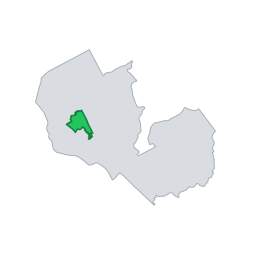 location of Itezhi-Tezhi, Southern, Zambia, rotated 62°
{"feature_id": "96606910B99117639697542", "entity_name": "Itezhi-Tezhi", "entity_type": "district", "adm_level": 2, "iso_a3": "ZMB", "parent_name": "Zambia", "parent_adm1": "Southern", "projection": "mercator", "projection_center": [26.535, -15.924], "detail": "fine", "context": "in_parent", "style": "filled", "palette": "green", "viewbox_px": 256, "rotation_deg": 62, "n_neighbors": 0, "source": "geoboundaries", "source_scale": "gbopen_adm2", "svg_char_len": 6739}
<svg xmlns="http://www.w3.org/2000/svg" viewBox="0 0 256 256"><g transform="rotate(62 128 128)"><path d="M166.5,166.2L156.5,166.2L152.9,167.1L149.9,168.3L146.4,170.2L144.3,171.6L143.8,172.3L143.5,174.0L143.5,176.5L143.1,178.4L142.1,180.1L136.7,182.1L133.1,183.8L129.7,185.7L127.0,188.3L125.3,191.5L122.3,195.4L116.0,202.4L112.4,203.7L109.4,203.4L105.8,201.9L102.9,201.6L100.7,202.6L98.7,202.3L96.9,200.8L95.4,200.3L94.2,200.7L92.6,200.6L89.7,199.8L87.2,197.3L85.9,196.3L84.8,195.9L81.8,195.5L75.0,194.9L67.9,196.1L61.6,197.4L55.3,191.8L49.1,186.0L47.9,184.5L45.5,182.5L43.9,181.6L43.2,181.1L41.6,175.9L40.7,171.1L40.7,125.5L68.5,125.5L70.3,125.3L70.4,124.8L69.1,122.4L69.2,121.5L69.5,119.9L70.8,116.6L70.8,115.5L70.3,111.9L70.3,109.9L70.6,105.9L70.5,104.6L71.1,102.8L71.3,101.6L71.6,101.0L71.3,99.7L70.7,94.9L70.4,92.9L72.1,93.2L72.6,94.2L72.9,95.3L73.7,95.3L75.7,96.0L76.4,96.8L76.8,98.8L76.5,99.7L75.9,100.5L76.5,101.2L77.9,101.7L78.6,101.5L80.9,100.2L82.9,99.8L84.0,99.4L88.6,98.6L89.5,98.1L90.2,98.1L90.6,98.5L90.2,99.8L90.1,101.0L90.6,103.3L91.1,104.4L92.0,105.1L92.7,105.5L93.5,106.4L95.1,106.2L98.6,107.4L99.7,107.9L101.2,108.4L102.2,108.6L105.9,109.1L109.7,109.7L111.7,109.8L113.1,109.6L114.1,109.3L114.7,108.9L115.0,108.6L116.4,104.3L117.2,103.9L118.1,103.7L118.7,104.1L119.3,106.8L122.1,109.3L123.0,111.3L123.7,113.1L124.3,113.6L125.4,114.2L127.1,114.4L128.6,114.5L136.0,117.5L136.9,118.0L137.8,119.7L138.3,121.5L138.9,122.9L139.9,123.2L140.7,123.3L141.6,124.3L142.2,125.2L144.5,128.7L144.8,130.2L145.9,131.1L147.3,131.5L148.7,131.6L149.4,131.1L151.3,130.4L152.8,129.5L153.9,129.3L154.6,129.4L155.1,130.0L155.4,131.8L156.4,132.4L157.2,132.2L157.5,131.5L157.5,131.1L157.5,112.5L156.8,112.6L156.0,113.2L154.0,113.2L153.2,113.6L153.0,114.2L153.1,115.0L153.2,116.0L152.9,116.5L152.0,116.7L150.8,116.3L148.5,115.8L146.6,115.5L145.2,114.1L143.4,112.0L142.2,110.9L139.3,108.7L138.8,108.3L137.9,107.3L137.1,105.5L136.4,103.5L136.0,102.2L136.7,100.3L138.4,93.8L138.8,91.9L140.2,89.8L140.3,88.0L139.8,85.7L139.9,84.4L140.1,77.1L139.7,74.8L138.8,72.2L136.7,68.7L136.7,67.9L139.9,65.6L140.9,64.7L142.6,62.9L143.7,61.3L144.4,60.0L144.7,58.3L144.1,56.7L145.2,56.4L171.8,52.3L172.2,53.4L173.0,55.2L173.9,56.5L175.1,57.7L176.0,58.4L176.7,58.6L180.8,58.6L182.3,59.3L183.5,60.2L183.9,61.6L184.7,62.4L185.6,63.1L186.0,63.2L186.7,63.0L187.8,63.0L188.8,63.3L189.3,63.6L189.3,64.8L189.6,65.3L191.0,65.5L192.4,65.6L193.8,66.4L195.3,66.5L197.0,66.9L197.8,67.7L199.6,68.6L201.8,69.4L204.2,70.7L204.3,71.1L204.7,71.8L205.1,72.4L205.2,73.2L205.4,73.9L206.0,74.1L206.5,74.2L207.0,73.6L207.7,73.6L208.4,74.0L208.6,74.9L209.2,76.0L210.1,76.8L210.7,77.6L210.5,79.0L210.1,80.2L211.3,81.5L212.9,82.7L213.3,83.2L213.5,85.0L213.7,85.6L214.8,87.1L215.3,88.1L215.3,88.6L212.4,91.6L210.6,92.0L209.8,92.6L209.3,93.2L210.5,96.2L211.1,97.3L210.6,98.7L209.5,101.0L208.9,101.2L208.8,103.0L209.2,103.7L209.7,104.2L210.0,105.4L209.9,108.4L209.2,111.8L210.5,114.8L211.0,115.2L212.8,115.2L213.1,115.4L212.7,116.3L211.4,117.6L209.1,118.6L205.8,119.8L205.1,120.9L204.6,122.4L205.0,123.4L205.4,123.9L205.3,125.3L205.0,126.7L205.1,127.9L205.0,128.9L204.5,129.4L203.9,130.9L203.2,132.5L202.7,133.2L201.8,133.9L200.5,134.5L200.5,134.8L202.0,135.5L202.4,136.0L202.5,136.3L201.9,137.1L202.6,137.6L203.5,138.0L204.2,139.0L205.2,141.0L205.3,141.2L205.6,141.2L206.1,141.0L207.0,140.2L207.7,139.9L208.5,141.0L194.6,145.8L191.3,146.8L186.4,148.5L184.9,149.1L183.6,149.7L170.7,153.5L168.6,154.2L164.1,156.1L163.9,156.4L164.0,157.3L164.4,159.1L165.2,160.7L165.8,161.7L166.3,164.1L166.5,166.2Z" fill="#d9dde1" stroke="#a8b0b8" stroke-width="1"/><path d="M119.8,167.5L118.7,163.5L115.4,163.5L115.9,161.6L114.9,161.6L113.1,161.4L111.9,161.4L106.6,161.3L106.0,161.3L100.9,160.7L97.1,160.7L93.3,160.7L90.6,160.7L90.6,160.9L90.7,161.2L90.9,161.4L90.9,161.5L90.8,161.8L90.6,161.9L90.5,162.0L90.4,162.1L90.4,162.3L90.5,162.5L90.5,162.8L90.5,163.0L90.4,163.2L90.2,163.5L89.9,163.5L89.8,163.4L89.7,163.4L89.5,163.5L89.4,163.7L89.5,163.9L89.6,164.0L90.1,164.3L89.9,164.5L89.7,164.7L89.6,164.8L89.4,165.1L89.1,165.4L89.2,165.5L89.3,165.7L89.5,165.8L89.9,166.0L90.0,166.1L90.1,166.3L90.1,166.6L89.5,167.1L89.9,167.5L90.2,168.0L90.3,168.0L90.5,168.0L90.9,167.7L91.1,167.3L91.3,167.3L91.8,167.7L91.8,167.8L91.8,168.2L91.8,168.3L91.7,168.4L91.6,168.6L91.6,168.8L91.6,169.1L91.7,169.4L91.6,169.6L91.5,169.8L91.4,170.0L91.2,170.3L91.1,170.6L91.1,171.0L90.9,171.3L90.8,171.6L90.5,172.0L90.7,172.6L90.8,172.7L91.0,172.8L91.2,173.0L91.3,173.1L91.6,173.0L91.8,173.1L92.0,173.2L92.3,173.3L92.5,173.6L92.5,173.8L92.8,174.1L92.9,174.5L93.0,174.6L93.2,174.8L93.6,174.6L93.9,174.6L94.2,174.8L94.6,174.8L94.7,174.7L94.8,174.6L95.4,174.7L95.6,174.6L95.8,174.6L96.0,174.6L96.1,174.9L95.9,175.1L95.9,175.3L96.1,175.4L96.1,175.8L96.0,176.0L95.8,176.1L95.8,176.3L95.7,176.4L95.8,176.5L95.9,176.8L95.8,177.0L96.0,177.2L96.2,177.3L96.2,177.5L95.9,177.5L95.8,177.9L95.8,178.0L95.7,178.0L95.8,178.3L95.9,178.5L95.8,178.8L95.7,179.2L95.7,179.4L95.8,179.5L96.0,179.7L96.1,179.8L96.0,180.0L95.9,180.1L95.9,180.3L96.1,180.6L103.0,177.4L107.1,176.4L106.8,175.9L105.2,173.4L105.5,173.0L106.4,171.8L106.5,171.7L106.8,171.2L106.7,170.4L106.7,169.9L106.6,169.5L106.5,169.3L106.4,169.2L106.3,168.8L106.1,168.4L105.9,168.2L105.7,167.8L105.6,167.7L105.8,167.5L106.2,167.6L106.3,167.6L106.5,167.6L106.6,167.4L106.8,167.4L107.1,167.2L107.2,166.9L107.3,166.9L107.4,166.7L107.8,166.6L108.0,166.7L108.4,166.5L108.7,166.5L108.8,166.4L109.1,166.2L109.3,166.2L109.4,166.4L109.4,166.6L109.3,166.9L109.4,167.1L109.5,167.2L109.9,167.0L110.0,166.8L110.1,166.7L110.3,166.7L110.3,166.8L110.3,167.0L110.5,167.1L110.8,167.0L110.9,166.8L110.8,166.7L111.0,166.7L111.1,166.9L111.3,166.9L111.2,166.6L111.3,166.5L111.4,166.8L111.6,166.8L111.8,166.7L112.0,166.6L112.4,166.5L112.6,166.5L112.8,166.5L113.0,166.5L113.2,166.4L113.2,166.2L113.1,165.9L112.9,165.9L112.9,165.7L113.0,165.7L113.1,165.8L113.2,165.7L113.3,165.7L113.3,165.8L113.5,165.8L113.5,165.7L113.4,165.6L113.4,165.4L113.5,165.4L113.8,165.3L113.9,165.2L114.0,165.3L114.0,165.1L114.3,165.2L114.5,165.1L114.8,165.2L115.0,165.1L115.3,165.1L115.2,165.2L115.2,165.3L115.3,165.4L115.3,165.5L115.3,165.8L115.5,165.8L115.8,165.7L116.0,165.5L116.4,165.6L116.6,165.4L116.8,165.5L117.0,165.5L117.0,165.8L117.1,165.7L117.1,165.8L117.3,165.9L117.4,166.0L117.5,165.9L117.5,166.0L117.7,165.9L117.8,165.9L117.9,165.7L117.9,165.9L118.0,166.0L118.2,166.3L118.3,166.3L118.2,166.4L118.1,166.5L118.2,166.8L118.3,166.8L118.3,166.7L118.4,166.8L118.5,166.8L118.6,167.0L118.8,167.2L118.7,167.3L118.8,167.5L118.7,167.6L118.8,167.7L119.0,167.7L119.3,167.5L119.3,167.4L119.4,167.5L119.5,167.5L119.6,167.4L119.6,167.5L119.7,167.4L119.8,167.4L119.8,167.5L119.8,167.5Z" fill="#22c55e" stroke="#15803d" stroke-width="1.5"/></g></svg>